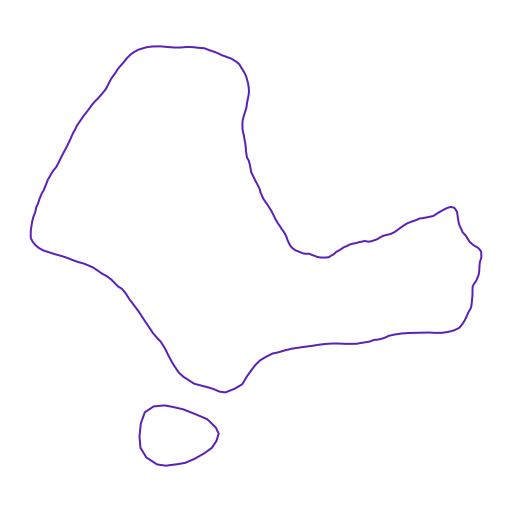 outline of Felidhoo, Maldives
{"feature_id": "70690204B77108705549894", "entity_name": "Felidhoo", "entity_type": "district", "adm_level": 2, "iso_a3": "MDV", "parent_name": "Maldives", "parent_adm1": "", "projection": "albers", "projection_center": [73.527, 3.453], "detail": "fine", "context": "isolated", "style": "outline", "palette": "violet", "viewbox_px": 512, "rotation_deg": 0, "n_neighbors": 0, "source": "geoboundaries", "source_scale": "gbopen_adm2", "svg_char_len": 3726}
<svg xmlns="http://www.w3.org/2000/svg" viewBox="0 0 512 512"><path d="M480.4,260.4L481.3,257.7L481.3,255.3L481.2,251.8L480.0,249.9L478.6,248.3L476.6,246.9L474.6,245.9L472.3,244.2L469.6,241.8L467.9,239.1L465.8,235.7L462.6,232.2L460.8,228.1L459.3,224.9L458.5,221.7L457.8,217.3L457.1,212.1L455.4,209.2L454.1,207.7L450.7,206.9L447.1,208.0L444.1,209.5L440.9,211.2L436.8,213.7L433.5,215.9L428.2,217.1L422.8,218.1L419.3,218.6L415.8,220.2L411.7,221.6L407.7,223.1L403.9,225.4L399.6,228.4L394.7,232.0L390.6,234.0L386.7,234.9L382.9,235.9L379.8,237.6L377.0,239.3L374.2,240.3L370.7,241.4L368.3,241.7L364.7,241.0L362.0,241.6L359.4,242.1L355.6,243.2L352.7,243.7L349.6,244.5L347.1,246.0L344.1,247.1L340.3,249.6L336.0,252.1L333.8,254.2L331.1,255.7L328.8,257.2L324.8,257.6L320.7,257.5L317.4,257.0L314.8,255.9L312.4,255.1L309.1,253.7L305.8,253.8L302.8,253.3L299.8,252.0L295.4,250.3L292.4,248.1L290.4,245.8L289.2,243.7L287.5,240.0L286.5,236.9L285.2,234.3L283.8,231.9L281.6,228.9L279.6,225.7L277.9,223.4L277.1,221.8L275.6,219.5L274.7,217.6L273.3,214.6L271.4,211.0L270.0,208.7L267.7,205.0L265.6,202.1L263.2,198.6L262.0,195.6L260.5,192.5L259.8,189.4L258.4,186.4L256.8,183.3L255.2,180.4L252.8,175.4L251.6,173.0L251.1,171.6L250.5,168.3L249.7,164.0L248.6,160.3L247.0,157.6L246.4,154.0L245.9,150.6L245.8,147.9L245.4,144.2L244.5,139.4L243.9,135.5L243.1,132.4L242.5,129.0L242.4,124.4L242.6,120.9L243.7,116.3L244.6,113.4L245.7,110.1L246.4,107.7L247.1,102.4L248.0,98.1L248.6,95.1L249.0,91.5L248.7,87.5L248.1,83.5L246.9,79.0L245.9,75.7L244.1,72.1L241.2,67.5L239.3,64.2L236.5,61.9L231.3,58.6L227.7,57.3L221.6,55.1L218.5,53.5L214.3,51.8L211.0,50.8L204.2,48.2L199.4,47.9L193.3,47.2L188.0,46.9L180.7,47.5L174.3,47.5L168.7,47.1L164.6,46.7L159.6,46.3L152.6,46.5L147.2,47.1L143.2,48.2L138.3,49.7L133.6,52.3L130.2,54.9L126.9,58.2L124.5,61.3L118.3,68.4L115.1,73.3L111.1,78.8L108.6,83.7L105.6,89.4L102.0,93.8L97.8,98.6L94.9,101.4L91.9,104.9L88.6,109.5L85.6,113.4L83.6,115.9L77.1,125.3L75.5,128.7L72.8,133.6L69.9,140.2L66.7,146.9L63.7,152.4L61.1,157.3L58.7,162.5L56.1,167.2L52.9,171.1L50.0,176.1L47.8,179.8L45.5,185.8L43.7,190.2L41.7,193.6L39.5,198.9L38.1,203.3L36.3,207.1L35.2,212.2L33.5,216.5L32.3,221.0L31.4,226.4L30.8,230.8L30.7,233.9L30.8,238.0L32.6,241.7L35.6,245.3L38.6,247.8L43.2,250.4L50.0,252.6L55.0,254.2L61.2,255.9L66.7,257.7L73.4,260.3L77.7,261.9L83.9,263.6L88.1,265.3L92.9,267.4L97.6,270.5L101.5,273.3L107.0,276.3L111.7,279.9L115.1,283.5L118.0,286.4L121.9,288.8L125.4,292.9L129.6,299.5L134.1,305.4L139.3,312.4L143.5,318.9L148.9,327.0L153.1,333.3L156.5,337.2L161.0,342.1L165.3,349.0L168.0,354.7L171.8,361.9L175.1,367.2L178.9,372.7L183.4,376.8L189.0,380.4L194.2,383.7L201.3,385.6L206.7,387.0L210.0,387.9L214.4,389.4L219.4,391.6L225.4,392.4L234.5,388.8L242.2,384.3L247.2,376.0L251.1,370.6L255.2,365.1L260.3,360.2L266.5,356.5L272.6,353.5L278.0,352.4L285.1,350.3L292.3,348.6L303.1,347.0L311.7,345.9L319.8,344.6L326.2,343.9L333.1,343.5L340.5,343.6L346.1,343.9L356.2,343.8L365.1,342.3L368.6,341.8L371.1,341.1L372.8,340.3L374.5,339.8L377.4,339.7L381.1,338.9L384.6,337.8L388.8,335.8L395.3,334.4L401.7,333.5L408.7,333.0L416.5,332.8L422.6,332.7L429.3,332.5L434.9,332.9L441.7,332.9L448.7,331.8L454.2,330.3L459.3,327.8L462.3,324.1L464.7,320.4L466.7,316.2L468.4,312.3L469.8,309.9L471.1,307.4L471.8,302.8L472.1,298.9L472.5,294.9L472.5,290.0L472.7,286.4L474.1,283.6L476.2,280.8L477.4,278.0L478.6,274.8L479.2,271.6L479.4,267.6L479.7,263.3L480.4,260.4ZM218.7,433.7L215.8,427.5L207.2,419.2L195.0,414.0L183.1,409.3L173.2,407.0L164.6,405.4L153.7,406.4L144.8,412.3L140.8,423.5L139.5,436.7L140.5,447.9L146.4,457.5L157.0,464.4L165.6,465.7L178.1,464.1L185.4,462.8L194.6,458.8L203.9,453.5L211.8,447.9L216.4,441.0L218.7,433.7Z" fill="none" stroke="#5b21b6" stroke-width="2"/></svg>